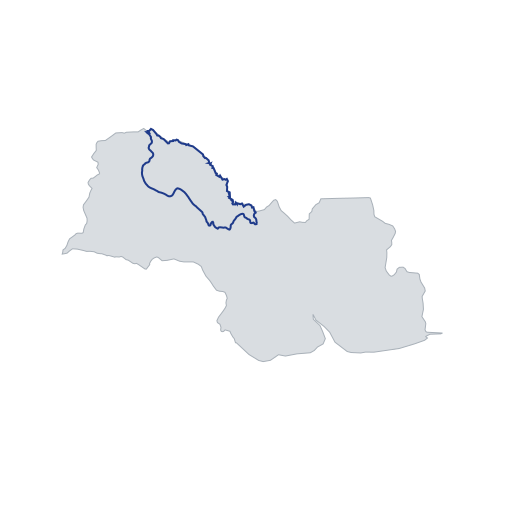 IX-1 Rupununi West, Upper Takutu-Upper Essequibo, Guyana shown in context, rotated 127°
{"feature_id": "73187651B14852666038275", "entity_name": "IX-1 Rupununi West", "entity_type": "district", "adm_level": 2, "iso_a3": "GUY", "parent_name": "Guyana", "parent_adm1": "Upper Takutu-Upper Essequibo", "projection": "robinson", "projection_center": [-59.236, 3.169], "detail": "fine", "context": "in_parent", "style": "outline", "palette": "blue", "viewbox_px": 512, "rotation_deg": 127, "n_neighbors": 0, "source": "geoboundaries", "source_scale": "gbopen_adm2", "svg_char_len": 9640}
<svg xmlns="http://www.w3.org/2000/svg" viewBox="0 0 512 512"><g transform="rotate(127 256 256)"><path d="M171.3,238.6L161.3,226.1L151.4,213.5L141.5,201.1L140.9,199.5L145.0,193.6L148.7,189.3L151.7,186.9L153.2,184.8L152.1,175.7L152.2,172.5L150.7,168.9L149.7,164.9L150.9,161.6L152.4,159.3L154.3,158.4L158.9,157.6L162.1,157.2L163.3,155.9L165.2,154.4L167.6,154.3L172.5,155.4L174.7,153.4L178.6,150.6L187.6,145.9L189.6,142.9L191.0,138.1L190.9,135.9L189.9,135.1L187.7,134.3L184.3,134.2L181.6,135.4L178.8,134.7L176.4,131.8L176.3,129.4L177.7,126.0L176.9,123.7L172.4,116.5L172.5,114.5L175.7,111.3L177.5,108.6L180.1,102.0L182.1,99.8L188.3,99.0L189.9,97.6L193.1,94.2L197.8,90.2L204.6,87.0L206.6,81.3L207.8,79.7L213.2,76.6L214.1,75.0L214.0,73.6L205.3,60.7L207.0,61.6L213.8,70.0L217.5,71.8L218.3,71.9L218.3,69.7L221.8,70.6L230.6,76.4L243.6,85.9L261.8,103.9L266.9,110.8L270.4,114.0L275.8,121.9L277.4,125.7L277.3,141.0L272.5,151.3L271.3,159.1L271.1,169.5L268.3,175.4L272.0,172.2L273.1,162.9L276.3,157.2L280.3,150.9L285.8,149.5L291.7,152.1L296.4,152.6L300.6,154.4L309.5,164.4L318.2,172.3L321.3,178.6L330.6,181.7L336.0,186.7L337.8,191.0L338.9,202.3L337.1,219.4L337.6,220.2L335.1,223.6L334.6,225.7L333.0,229.5L331.8,231.5L333.6,236.2L335.7,236.5L336.5,237.1L337.0,238.0L336.9,239.0L336.1,239.9L334.1,241.0L332.2,243.7L332.4,246.7L331.2,248.3L327.4,249.1L320.0,249.1L316.3,249.3L313.4,249.8L311.5,251.8L309.0,253.1L307.1,253.5L305.4,255.7L303.7,258.9L304.3,261.1L306.1,264.0L307.1,267.0L305.7,271.9L304.3,275.6L303.4,278.4L302.2,283.9L299.4,290.0L297.3,293.4L297.3,297.1L298.4,302.4L304.2,310.2L306.1,313.8L307.7,319.8L313.0,324.4L316.3,328.2L316.0,333.2L316.5,334.7L318.5,336.0L321.0,336.9L323.8,336.9L326.3,336.4L326.8,335.7L332.5,335.7L333.2,336.9L333.5,344.1L333.8,347.0L335.1,348.1L335.9,349.9L336.0,351.5L336.2,355.5L337.1,357.6L337.0,361.9L337.6,363.5L339.1,364.6L341.1,367.6L341.9,368.0L342.3,369.1L344.0,373.5L344.9,374.8L345.5,375.0L345.7,376.5L347.0,380.6L347.8,381.6L349.4,384.6L350.0,387.8L352.2,391.5L354.3,394.1L355.3,396.8L358.0,402.8L360.7,406.9L364.3,408.0L367.4,408.6L369.3,410.2L371.1,411.9L369.1,412.7L367.3,413.8L364.8,413.0L361.4,413.4L357.8,414.6L354.5,415.2L348.3,413.3L346.4,413.1L345.1,412.2L342.5,408.6L341.3,408.1L337.9,409.8L333.9,411.0L331.9,410.8L329.6,412.0L327.5,413.7L323.4,420.9L321.2,423.4L318.9,424.6L314.4,424.6L309.5,424.8L305.8,426.6L302.4,427.4L300.7,427.6L300.1,431.5L299.4,433.3L298.3,434.4L295.6,434.7L293.2,434.5L291.8,432.9L289.1,432.1L286.7,431.5L285.2,430.6L283.9,430.8L282.9,432.4L282.1,433.8L281.3,436.4L277.7,437.2L276.2,438.7L277.1,443.5L276.6,445.4L275.9,446.9L271.5,447.2L267.8,447.1L265.6,448.9L263.0,450.9L261.3,451.3L259.4,451.2L256.9,448.8L254.4,445.8L248.2,443.8L242.1,442.0L238.1,437.3L237.1,435.0L235.2,434.0L230.5,428.4L227.8,424.8L225.0,423.9L221.7,422.4L221.8,419.8L221.6,417.2L220.2,416.2L218.2,415.6L217.5,414.2L217.7,410.9L218.1,402.4L217.5,394.3L213.1,391.5L211.2,389.6L207.9,377.6L206.3,372.2L206.2,368.2L207.3,356.2L208.6,351.0L212.0,340.6L214.0,337.1L214.1,334.5L213.9,331.1L212.9,324.5L218.6,320.3L221.1,318.5L221.5,315.7L224.6,312.1L226.0,308.7L227.1,306.1L226.8,304.7L225.4,303.8L223.9,301.3L220.5,294.0L219.3,292.5L218.3,290.5L218.8,287.2L220.1,283.7L220.0,282.3L218.0,280.4L213.9,277.2L210.5,277.0L207.8,275.9L203.9,275.7L200.8,275.4L199.1,274.2L199.4,272.2L200.2,270.8L202.8,267.1L204.6,263.2L204.8,259.3L205.3,254.3L206.1,249.9L206.5,245.0L202.4,241.7L201.1,239.0L199.4,236.7L197.5,236.7L194.7,235.7L190.3,238.8L186.9,238.2L184.5,239.4L179.0,239.1L175.5,237.6L171.3,238.6Z" fill="#d9dde1" stroke="#a8b0b8" stroke-width="1"/><path d="M230.2,274.8L229.8,275.1L229.2,275.4L228.8,275.6L228.5,276.0L228.2,276.4L227.9,276.7L227.5,277.0L227.1,277.4L226.7,277.8L226.5,278.2L226.2,278.7L226.1,279.2L226.0,279.7L226.0,280.1L226.0,280.6L225.9,281.1L225.3,281.8L225.0,282.1L224.5,282.3L224.1,282.5L223.7,282.6L222.8,282.8L221.6,282.3L221.3,282.5L221.1,284.4L218.6,287.4L219.7,288.3L218.4,290.1L218.9,292.8L221.0,294.7L224.0,295.5L222.5,298.8L224.1,299.7L225.3,302.8L226.0,302.4L225.5,304.2L227.3,303.6L228.7,305.5L228.2,306.6L226.5,306.8L226.3,308.3L225.8,307.7L225.2,308.5L225.8,312.3L224.9,312.4L225.0,313.4L224.2,313.0L223.4,314.0L223.5,313.2L221.0,315.3L221.6,318.3L218.1,320.6L217.1,322.4L213.1,323.5L212.0,325.7L213.4,326.2L213.6,327.5L215.2,328.7L213.4,333.1L214.8,332.9L215.2,336.5L213.8,336.9L214.1,338.1L211.3,342.8L211.9,343.8L210.3,344.5L210.7,347.5L209.7,347.8L210.3,348.0L209.8,348.7L210.3,349.7L209.7,349.3L208.1,351.4L207.8,354.8L208.5,355.7L208.0,358.2L206.8,359.4L206.4,372.3L208.1,376.4L207.4,377.3L209.4,378.5L209.0,379.5L210.9,383.2L211.2,386.3L210.4,388.1L210.9,389.5L212.1,389.7L213.4,391.8L214.1,391.4L216.1,393.7L218.3,393.3L219.1,394.1L218.2,400.2L219.1,402.8L218.5,404.0L218.4,406.2L219.2,407.4L218.5,408.9L217.3,414.1L217.7,416.4L220.5,416.6L221.1,417.4L221.8,415.7L222.5,417.2L222.2,418.6L222.8,416.9L222.9,417.5L223.0,417.7L223.1,417.2L223.1,416.7L223.1,416.1L223.1,415.6L223.1,415.1L223.1,414.6L223.2,414.1L223.4,413.7L223.5,413.2L223.8,412.6L224.0,412.1L224.2,411.5L224.6,411.2L225.0,411.0L225.5,410.6L225.9,410.0L226.1,409.6L226.3,409.1L226.5,408.7L226.8,408.4L227.2,408.0L228.2,407.4L228.7,407.4L229.2,407.5L230.1,407.6L230.6,407.7L231.1,407.8L231.7,407.9L232.3,407.7L232.7,407.5L233.1,407.2L233.5,407.1L233.9,407.0L234.3,406.8L234.6,406.4L234.9,405.9L235.1,405.5L235.2,405.0L235.3,404.1L235.3,403.5L235.4,403.0L235.5,402.6L235.6,402.1L235.7,400.9L235.8,400.4L236.1,400.0L236.3,399.6L236.6,399.3L237.0,399.0L237.4,398.8L237.8,398.6L238.2,398.5L238.6,398.4L239.1,398.5L239.5,398.5L240.0,398.6L240.6,398.7L241.1,398.9L241.6,399.1L242.1,399.2L242.5,399.1L243.0,399.0L243.4,398.8L243.8,398.5L244.2,398.4L244.7,398.2L245.2,398.3L245.6,398.4L246.0,398.5L246.5,398.8L246.8,399.1L247.3,399.5L247.7,399.8L248.3,400.0L248.7,400.2L249.1,400.1L249.6,400.2L250.1,400.3L250.6,400.5L251.1,400.6L251.6,400.6L252.1,400.6L252.5,400.3L253.0,400.2L253.5,400.1L254.0,399.8L254.3,399.6L254.8,399.4L255.2,399.2L255.5,398.9L255.8,398.6L256.7,398.0L257.5,397.6L257.9,397.4L258.2,397.1L258.6,396.8L259.0,396.5L259.3,396.2L259.7,395.8L260.1,395.3L260.4,395.0L260.7,394.6L261.0,394.1L261.3,393.6L261.6,393.1L261.9,392.6L262.2,392.1L262.5,391.8L262.8,391.3L263.2,390.7L263.5,390.3L263.7,389.7L263.9,389.2L264.2,388.7L264.3,388.2L264.5,387.7L264.7,387.1L264.8,386.6L264.8,386.1L265.0,385.6L265.1,385.0L265.2,384.5L265.3,384.0L265.3,383.6L265.3,383.0L265.2,382.4L265.2,381.9L265.1,381.4L264.9,380.7L264.9,380.2L264.7,379.8L264.6,379.4L264.3,378.2L264.2,377.6L264.0,377.0L264.0,376.5L264.0,376.0L263.8,375.1L263.7,374.6L263.6,374.1L263.5,373.5L263.6,373.0L263.5,372.4L263.4,371.9L263.1,371.4L262.9,370.9L262.7,370.4L262.5,370.0L262.3,369.5L262.2,369.0L262.0,368.5L261.7,367.3L261.5,366.7L261.4,366.2L261.4,365.7L261.3,365.2L261.2,364.6L261.2,363.6L261.1,363.0L261.0,362.4L260.9,361.9L260.7,361.5L260.4,361.0L260.0,360.5L259.5,360.1L259.0,359.8L258.5,359.6L258.0,359.4L257.6,359.4L257.3,359.4L256.8,359.4L256.3,359.5L255.9,359.5L255.4,359.6L254.9,359.7L254.5,359.8L254.0,359.9L253.6,359.9L253.1,360.0L252.6,360.1L251.7,360.1L251.3,360.1L250.7,360.0L250.2,359.9L249.8,359.7L249.3,359.6L249.0,359.2L248.9,358.7L248.7,358.2L248.5,357.8L248.4,357.2L248.2,356.6L248.2,356.2L248.1,355.5L248.1,354.9L248.1,354.4L248.1,353.7L248.1,353.1L248.1,352.5L248.1,351.7L248.2,351.0L248.4,350.3L248.5,349.5L248.6,349.1L248.9,348.3L249.0,347.7L249.2,347.2L249.4,346.5L249.6,345.8L249.7,345.3L250.0,344.7L250.2,344.3L250.4,343.6L250.6,343.0L250.8,342.4L251.1,341.7L251.3,340.9L251.5,340.4L251.6,339.9L251.8,339.4L252.0,338.8L252.2,338.2L252.3,337.5L252.4,336.8L252.4,336.2L252.5,335.7L252.5,335.2L252.4,334.5L252.4,333.9L252.6,332.9L252.7,332.3L253.3,325.4L253.5,324.9L253.9,324.5L254.2,324.2L254.5,323.8L254.7,323.2L254.9,322.1L255.1,321.6L255.3,320.7L255.5,320.1L255.7,319.7L256.0,319.3L256.3,318.9L256.5,318.5L256.8,318.1L257.4,317.1L257.8,316.8L258.1,316.4L258.3,316.1L258.4,315.5L258.5,315.0L258.7,314.5L258.8,314.0L259.1,313.6L259.4,313.2L259.7,312.7L260.0,312.2L259.9,311.7L259.7,311.4L259.4,311.1L258.9,311.0L258.5,311.0L258.1,311.2L257.7,311.5L257.3,311.7L256.9,311.5L256.4,311.6L256.0,311.6L255.4,311.6L255.1,311.5L254.7,311.1L254.9,310.6L255.2,310.1L255.5,309.8L255.8,309.6L256.2,309.4L256.5,308.9L256.8,308.1L256.9,307.6L257.2,307.1L257.4,306.5L257.5,305.7L257.5,305.2L257.4,304.7L257.4,304.1L257.3,303.6L257.2,303.0L256.8,302.9L256.3,303.0L255.8,303.0L255.4,302.7L255.0,302.3L254.6,301.9L254.4,301.5L254.2,301.2L253.5,300.0L253.2,299.4L253.0,299.0L252.7,298.7L252.2,298.3L251.8,297.9L251.6,297.4L251.4,297.0L251.4,296.3L251.4,295.7L251.3,295.2L251.3,294.6L251.2,294.1L251.1,293.6L250.9,293.1L250.4,292.9L249.9,293.0L249.5,293.1L249.1,293.2L248.7,293.3L248.3,293.6L247.9,293.8L247.5,294.1L247.1,294.4L246.8,294.6L246.2,294.8L245.7,294.8L245.2,294.6L244.8,294.6L243.9,294.3L243.5,294.4L243.0,294.4L242.6,294.6L242.2,294.7L241.8,294.8L241.3,294.9L240.8,294.9L239.7,294.8L239.1,294.8L238.6,294.8L237.8,294.9L237.2,294.9L236.7,295.1L236.3,295.0L235.8,294.9L235.4,294.7L235.0,294.5L234.5,294.4L233.6,294.1L233.2,294.0L232.8,293.8L232.4,293.6L231.9,293.4L231.1,292.8L230.6,292.4L230.3,292.0L230.1,291.5L230.1,291.0L230.4,290.5L230.7,290.1L231.1,289.6L231.4,289.2L231.7,288.7L231.8,288.2L231.7,287.6L231.6,287.1L231.4,286.7L231.4,286.1L231.6,285.6L231.5,285.0L231.3,284.3L231.2,283.9L230.9,283.2L230.9,282.8L231.1,282.4L231.3,282.0L231.7,281.6L232.0,281.3L232.4,281.0L232.7,280.6L232.8,280.0L232.6,279.6L232.2,279.1L231.9,278.8L231.5,278.6L231.1,278.4L230.8,278.0L230.9,277.3L231.1,276.8L231.2,276.3L231.2,275.8L230.9,275.4L230.6,275.1L230.2,274.8Z" fill="none" stroke="#1e3a8a" stroke-width="2"/></g></svg>